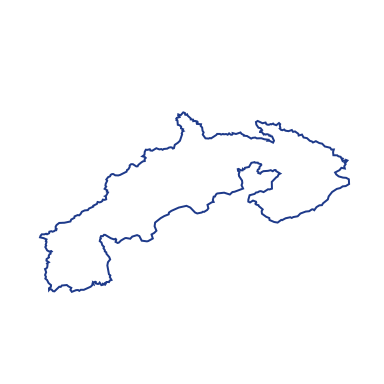 the district of Dien Bien, Điện Biên, Vietnam, rotated 81°
{"feature_id": "81297802B1284717956892", "entity_name": "Dien Bien", "entity_type": "district", "adm_level": 2, "iso_a3": "VNM", "parent_name": "Vietnam", "parent_adm1": "Điện Biên", "projection": "equal_earth", "projection_center": [103.057, 21.255], "detail": "fine", "context": "isolated", "style": "outline", "palette": "blue", "viewbox_px": 384, "rotation_deg": 81, "n_neighbors": 0, "source": "geoboundaries", "source_scale": "gbopen_adm2", "svg_char_len": 6075}
<svg xmlns="http://www.w3.org/2000/svg" viewBox="0 0 384 384"><g transform="rotate(81 192 192)"><path d="M208.7,35.6L204.0,35.1L202.1,37.6L201.4,40.6L199.5,44.7L197.2,46.8L195.1,47.6L193.5,42.9L191.5,40.7L192.7,37.4L190.4,37.6L188.5,35.9L186.8,36.7L186.6,35.3L185.2,33.6L184.4,34.9L185.1,35.2L184.6,37.0L185.0,38.4L183.0,38.9L182.5,38.1L181.8,39.3L180.5,39.7L179.6,41.9L178.5,42.8L177.8,46.6L174.5,46.4L172.2,45.3L171.9,47.7L169.9,48.6L167.8,53.7L164.6,55.9L163.6,58.6L161.2,61.7L162.0,64.8L160.9,65.6L159.8,67.7L156.8,70.0L155.6,73.3L152.5,74.4L152.9,77.8L151.1,77.9L148.3,80.8L148.4,82.8L146.4,83.7L147.0,87.2L146.0,90.2L144.7,91.1L145.1,93.1L144.5,94.4L143.0,95.4L142.6,94.7L139.9,94.9L138.8,94.3L137.5,95.3L139.2,98.3L137.9,100.7L137.1,101.2L137.6,103.0L137.2,103.6L137.6,105.5L137.3,106.9L136.7,107.9L134.9,108.5L135.1,111.6L132.1,116.0L132.9,117.9L135.5,117.9L138.9,116.3L139.7,114.3L141.8,113.1L142.8,115.2L143.4,115.4L143.9,113.5L146.5,112.1L146.2,111.2L146.8,110.3L146.6,108.9L147.4,107.2L148.5,106.9L148.5,105.7L149.2,105.6L149.7,104.2L154.2,103.0L155.9,104.2L153.5,107.5L153.2,109.3L152.3,108.5L151.2,112.4L149.8,115.0L149.1,119.7L148.1,121.0L148.0,123.7L148.5,125.2L145.3,128.9L144.5,132.0L143.8,131.9L142.3,134.0L140.8,134.8L141.6,139.5L140.2,142.6L141.0,142.6L141.7,143.6L141.4,144.8L139.9,146.2L141.0,147.8L140.1,149.2L140.0,151.5L139.5,152.3L139.8,154.3L139.0,155.3L138.6,158.1L139.5,159.1L142.0,164.8L141.5,165.8L141.8,167.2L141.1,170.3L137.0,172.4L134.9,171.2L133.2,172.0L129.9,171.9L128.1,173.1L126.5,172.5L125.5,176.5L124.4,176.6L123.8,175.5L123.1,175.9L122.3,177.8L122.2,179.7L120.7,179.6L120.1,181.9L119.2,181.7L116.1,184.2L114.5,184.7L114.9,185.6L114.6,186.6L112.8,186.7L112.0,188.2L114.5,191.3L113.2,193.4L114.2,193.7L116.1,192.7L116.4,195.4L117.2,196.1L118.2,195.6L118.6,196.0L119.2,195.2L123.4,195.5L124.2,193.8L125.7,192.5L127.4,192.9L128.6,191.0L129.7,191.8L130.4,191.0L130.6,191.8L132.6,193.0L133.4,192.7L139.5,195.9L141.2,198.3L142.7,201.6L145.9,203.0L146.1,204.1L144.9,204.9L144.5,206.0L144.5,207.7L145.3,209.7L145.1,213.1L145.7,214.4L144.8,215.6L144.8,217.6L143.2,220.4L145.0,224.8L144.5,226.6L143.2,227.0L143.4,229.5L143.0,231.0L144.9,232.4L147.8,233.1L149.0,235.4L150.1,233.1L151.1,232.4L152.2,233.7L154.0,233.8L154.1,235.8L155.0,237.7L156.8,240.7L158.1,241.7L158.0,243.0L155.3,246.0L155.0,247.8L156.0,249.4L157.5,249.6L159.7,251.4L160.0,252.6L161.7,253.5L163.9,260.4L164.1,262.3L163.5,265.2L162.0,266.9L161.8,268.1L162.3,269.6L163.7,270.5L164.2,272.5L166.3,274.7L167.6,274.0L170.5,276.0L172.2,276.5L173.2,275.9L175.2,277.8L177.1,275.5L178.4,276.1L179.2,275.0L182.4,277.6L182.6,278.4L183.1,277.8L185.8,277.9L186.1,279.5L185.6,281.3L186.9,282.0L187.6,283.5L187.8,284.8L187.1,286.8L188.9,287.8L190.1,291.7L191.0,291.8L192.2,296.3L193.6,297.7L193.4,300.9L194.3,303.9L196.4,305.6L197.4,307.1L196.9,308.5L197.7,311.8L199.2,312.3L200.3,315.6L202.1,316.7L202.4,322.8L201.8,328.0L203.4,330.9L204.9,332.1L206.6,332.3L207.3,331.5L208.5,332.1L208.4,333.2L209.1,334.3L209.4,336.0L208.7,337.1L208.9,339.1L210.4,339.6L211.1,341.8L210.4,342.6L210.7,344.4L210.3,347.0L211.5,348.4L213.0,349.2L214.4,345.7L216.1,343.1L217.7,344.1L218.6,343.5L221.3,344.8L222.2,344.4L223.4,345.5L227.0,344.2L228.5,342.3L228.3,340.3L228.8,339.9L229.3,341.2L230.8,341.3L231.4,342.7L232.9,343.6L234.2,343.5L235.5,346.1L237.0,346.5L239.0,344.4L239.9,346.4L240.9,346.0L243.5,346.7L244.6,347.6L245.1,349.2L248.4,348.6L251.0,350.1L253.0,349.5L254.6,350.4L256.3,348.9L259.5,347.9L261.9,345.8L263.6,346.2L264.7,348.3L266.4,348.5L265.8,347.8L266.2,346.1L268.2,344.8L268.6,343.4L264.8,337.9L265.2,336.5L264.0,335.2L264.3,330.2L265.9,328.8L267.8,326.2L269.6,327.4L271.8,326.3L270.8,321.8L271.0,319.9L272.0,318.8L271.2,317.2L271.7,314.2L269.7,306.9L268.5,305.2L267.0,304.6L267.8,303.6L265.6,303.7L266.0,303.1L265.5,301.7L265.8,301.1L267.3,301.2L268.1,299.4L268.1,298.5L267.0,297.4L269.8,296.1L269.7,294.6L268.8,294.4L269.8,292.6L268.4,292.4L268.2,291.9L268.8,291.4L267.5,290.5L268.0,288.1L266.6,287.1L266.3,285.3L263.1,286.5L261.6,285.7L260.3,286.9L251.3,287.1L248.2,286.0L245.8,283.4L243.4,283.9L239.6,286.2L238.2,286.1L237.0,287.4L235.8,287.2L233.7,288.2L232.4,287.5L230.5,288.9L227.7,289.3L226.1,290.8L224.2,290.1L223.8,289.3L222.7,289.6L221.3,288.7L221.7,287.0L220.5,285.6L220.8,284.4L225.0,279.4L226.6,276.4L226.3,274.8L227.3,274.3L229.3,275.3L230.7,273.4L230.5,272.1L228.8,269.7L227.2,265.6L227.1,264.4L228.5,260.3L226.7,258.0L226.0,253.0L227.3,250.9L232.2,249.3L233.7,244.2L233.6,242.9L231.8,238.0L227.6,238.6L226.5,235.7L224.7,233.2L220.0,234.3L216.4,233.2L212.9,227.0L211.4,223.1L210.4,218.5L208.7,218.0L207.4,215.3L205.3,207.5L204.8,199.6L207.1,196.1L212.7,192.2L214.0,190.2L213.8,185.6L213.2,184.4L213.5,183.1L212.1,179.8L210.7,178.4L207.1,178.7L205.2,173.9L205.2,172.2L203.2,172.7L200.0,171.3L200.1,170.1L198.1,168.6L197.4,167.3L197.7,160.4L200.4,155.0L198.4,152.1L198.4,149.9L196.6,141.0L193.0,142.0L191.0,140.9L188.5,140.8L183.7,143.0L181.6,143.0L179.7,142.0L178.4,143.2L176.6,143.2L176.5,142.3L178.2,140.4L178.5,138.7L177.2,138.2L177.8,137.7L177.6,136.6L176.4,135.9L176.2,131.8L172.5,128.8L172.3,125.5L172.9,125.1L173.3,122.4L174.1,122.1L175.4,119.4L176.1,119.3L178.0,121.5L179.5,121.8L180.3,123.5L181.8,124.2L182.9,123.2L183.7,123.5L184.6,121.6L183.4,120.5L182.6,118.2L183.0,113.6L182.8,110.8L184.1,109.0L183.2,107.2L183.4,106.0L184.5,105.7L187.6,102.0L188.2,103.7L190.2,105.1L190.6,106.4L194.5,111.6L201.2,112.5L201.6,114.9L201.2,116.5L203.3,121.3L201.9,123.9L201.9,125.4L202.6,127.2L202.5,128.8L203.7,130.5L204.2,135.6L208.3,137.5L210.3,137.9L211.4,136.3L210.0,133.1L211.6,130.3L212.4,130.2L213.6,131.2L214.5,130.5L215.4,128.4L216.4,128.2L220.2,124.9L221.8,126.2L224.4,126.3L228.1,122.6L229.8,119.8L231.8,119.8L234.5,115.5L235.6,112.2L233.5,108.2L233.9,107.4L232.6,103.7L232.3,98.9L233.2,97.6L232.6,95.8L232.5,91.4L230.2,88.3L229.1,82.7L229.3,79.3L228.0,76.5L228.0,75.3L229.1,74.1L226.4,71.4L225.1,68.3L225.3,65.7L223.7,64.4L220.6,59.0L217.7,57.7L213.9,53.6L211.6,48.5L211.3,45.0L210.0,42.3L210.2,39.3L208.7,35.6Z" fill="none" stroke="#1e3a8a" stroke-width="2"/></g></svg>